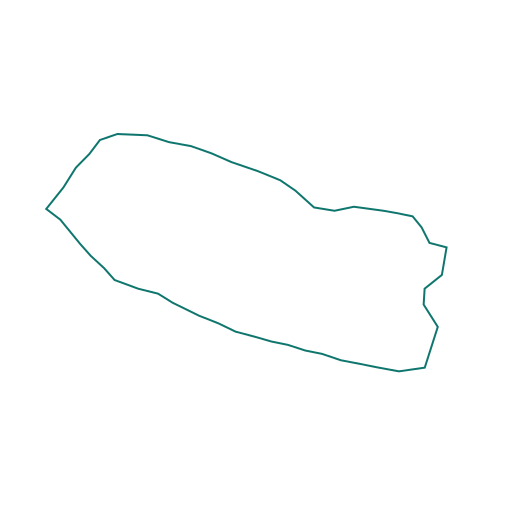 the district of Vitsada, Cyprus, rotated 341°
{"feature_id": "46923920B87437157702699", "entity_name": "Vitsada", "entity_type": "district", "adm_level": 2, "iso_a3": "CYP", "parent_name": "Cyprus", "parent_adm1": "", "projection": "albers", "projection_center": [33.652, 35.236], "detail": "fine", "context": "isolated", "style": "outline", "palette": "teal", "viewbox_px": 512, "rotation_deg": 341, "n_neighbors": 0, "source": "geoboundaries", "source_scale": "gbopen_adm2", "svg_char_len": 758}
<svg xmlns="http://www.w3.org/2000/svg" viewBox="0 0 512 512"><g transform="rotate(341 256 256)"><path d="M391.4,254.8L364.6,241.3L345.0,238.8L326.7,229.0L314.5,207.0L303.6,192.3L285.3,176.3L263.3,159.2L247.4,144.5L230.4,131.0L210.8,120.0L192.6,106.5L164.5,95.5L146.2,95.5L131.6,105.3L114.5,113.8L96.2,128.5L83.9,136.3L73.0,143.2L82.8,157.9L93.7,187.4L99.8,202.1L108.4,218.0L114.5,232.7L134.0,248.6L151.1,259.7L162.0,273.1L182.8,294.0L198.6,307.5L212.1,320.9L230.4,333.2L242.6,341.8L257.2,350.4L271.8,361.4L286.5,370.0L302.3,382.2L319.4,392.0L334.1,400.6L353.6,411.6L379.2,416.5L404.8,382.2L398.7,356.5L404.8,341.8L425.6,334.4L439.0,309.9L424.3,300.1L421.9,282.9L417.0,269.5L402.4,260.9L391.4,254.8Z" fill="none" stroke="#0f766e" stroke-width="2"/></g></svg>